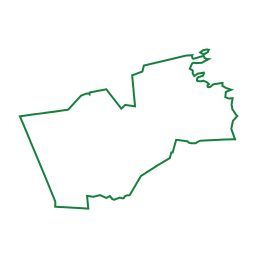 Bristol, Massachusetts, United States of America (Robinson projection), rotated 273°
{"feature_id": "52423323B2218191316201", "entity_name": "Bristol", "entity_type": "district", "adm_level": 2, "iso_a3": "USA", "parent_name": "United States of America", "parent_adm1": "Massachusetts", "projection": "robinson", "projection_center": [-71.113, 41.795], "detail": "fine", "context": "isolated", "style": "outline", "palette": "green", "viewbox_px": 256, "rotation_deg": 273, "n_neighbors": 0, "source": "geoboundaries", "source_scale": "gbopen_adm2", "svg_char_len": 2141}
<svg xmlns="http://www.w3.org/2000/svg" viewBox="0 0 256 256"><g transform="rotate(273 128 128)"><path d="M91.6,158.5L98.5,168.9L100.1,171.3L100.5,171.4L101.5,171.6L104.4,172.3L105.9,172.7L105.9,173.7L105.9,173.9L110.0,174.8L112.4,175.3L114.8,175.8L118.0,176.6L118.6,176.7L118.7,177.2L118.2,183.5L118.1,184.4L117.8,188.1L116.4,189.8L116.1,192.6L116.3,195.8L116.4,196.6L117.3,197.5L119.0,200.6L119.1,201.2L121.7,226.5L122.3,235.5L132.5,231.2L140.6,232.4L145.7,236.5L147.3,234.9L150.9,232.3L152.1,231.3L156.8,230.2L163.2,230.9L162.7,227.1L163.9,223.6L169.2,223.8L171.6,229.1L173.1,223.8L175.0,220.1L178.0,220.0L176.1,211.0L173.3,207.9L172.9,206.0L173.4,205.3L175.0,205.3L176.1,206.6L178.0,204.1L179.2,200.6L178.4,198.3L178.5,195.4L178.5,195.0L179.2,194.4L181.3,194.5L182.4,195.7L184.1,200.1L186.8,201.1L187.3,200.8L185.9,194.7L183.4,191.5L185.5,190.0L185.7,189.8L188.8,189.7L190.4,186.6L195.3,188.4L196.2,189.2L196.6,190.3L196.4,193.1L196.4,193.3L197.0,198.3L199.4,202.2L201.0,204.9L201.1,203.0L201.9,200.8L204.0,199.7L200.5,189.7L201.2,188.7L203.7,188.0L204.0,188.2L203.4,182.3L199.5,169.1L197.5,162.3L191.2,140.6L185.1,139.4L180.8,129.4L150.0,133.9L150.9,124.0L147.0,120.3L165.5,104.3L161.5,88.0L159.7,87.8L160.1,87.4L160.3,86.8L160.4,86.5L160.1,84.5L158.8,81.5L157.8,79.4L143.2,67.3L141.8,60.3L141.6,59.4L137.2,36.1L136.8,33.6L134.0,19.5L124.5,24.1L117.0,27.7L108.1,31.9L105.2,33.3L101.1,35.3L95.5,38.0L73.0,48.8L50.6,59.3L45.6,59.4L45.5,66.0L45.6,66.7L45.5,81.9L45.5,84.8L45.4,92.4L45.4,92.6L45.5,92.6L46.9,92.3L47.8,92.2L48.6,92.1L50.2,91.8L50.4,91.8L51.1,91.7L53.4,91.4L54.0,91.3L57.8,90.7L58.1,90.7L57.9,92.4L57.9,92.5L57.5,96.8L58.3,99.8L58.5,100.2L59.5,103.7L59.3,104.1L57.0,110.1L57.2,110.5L59.1,113.4L58.4,114.1L57.8,114.7L56.2,116.1L55.6,117.9L57.9,123.0L58.0,123.2L57.9,123.9L57.9,124.6L57.6,125.5L57.4,126.2L57.5,126.8L57.9,127.6L58.9,128.1L59.5,128.2L60.0,129.0L60.8,131.0L60.8,132.5L61.2,133.3L64.2,134.8L64.6,135.1L74.0,139.9L80.8,143.5L91.1,157.9L91.3,158.1L91.6,158.5ZM207.3,196.1L205.4,199.7L207.9,203.7L210.3,204.6L210.3,204.3L210.6,202.9L209.7,199.0L207.3,196.1Z" fill="none" stroke="#15803d" stroke-width="2"/></g></svg>